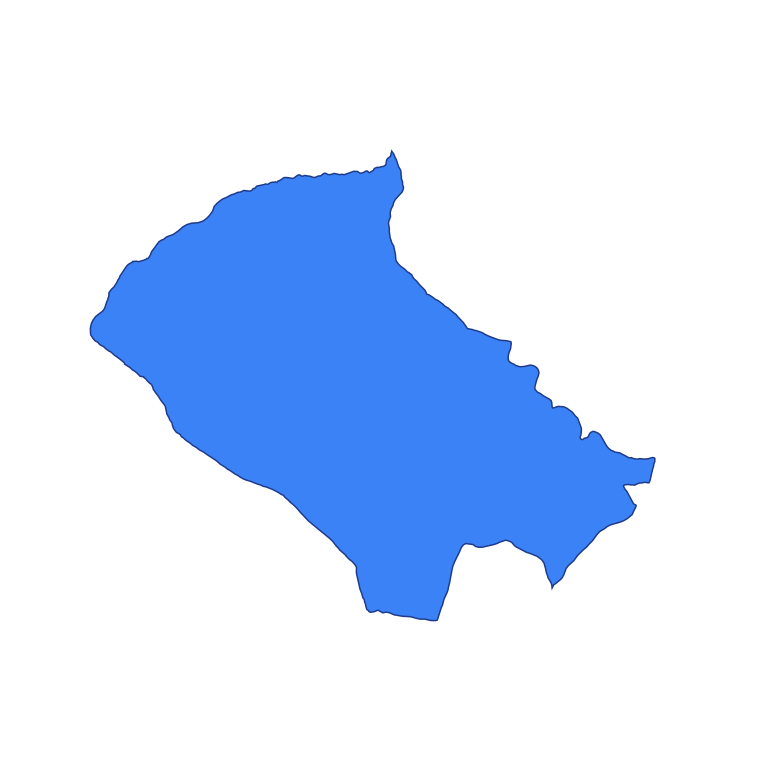 the district of Dige, Gash Barka, Eritrea, rotated 36°
{"feature_id": "51966322B2269469169299", "entity_name": "Dige", "entity_type": "district", "adm_level": 2, "iso_a3": "ERI", "parent_name": "Eritrea", "parent_adm1": "Gash Barka", "projection": "orthographic", "projection_center": [37.574, 15.721], "detail": "fine", "context": "isolated", "style": "filled", "palette": "blue", "viewbox_px": 768, "rotation_deg": 36, "n_neighbors": 0, "source": "geoboundaries", "source_scale": "gbopen_adm2", "svg_char_len": 6170}
<svg xmlns="http://www.w3.org/2000/svg" viewBox="0 0 768 768"><g transform="rotate(36 384 384)"><path d="M639.9,450.2L639.4,446.7L640.2,444.5L641.7,438.6L642.0,435.8L641.6,432.7L639.9,426.6L639.8,425.4L640.0,421.9L641.4,415.5L641.4,408.8L642.7,401.0L643.9,396.2L643.9,393.9L644.8,388.3L644.8,380.7L645.2,376.6L647.4,371.5L648.2,368.7L649.7,365.3L656.9,356.0L658.6,353.0L660.1,349.4L661.5,343.6L660.6,339.5L660.1,335.9L659.3,333.9L656.7,334.2L655.6,333.9L643.1,327.9L641.1,327.6L638.3,326.2L637.5,325.3L638.1,323.9L641.0,321.5L643.0,320.6L643.6,320.0L646.3,318.4L647.8,315.5L649.2,313.6L650.1,313.1L652.9,310.1L655.8,308.7L656.5,307.9L655.7,305.1L651.4,295.1L650.6,292.5L649.4,290.3L648.7,287.6L646.9,285.0L645.9,284.9L644.5,285.6L641.2,289.7L637.6,292.5L635.9,293.3L634.3,294.5L633.1,296.0L629.0,297.9L627.5,298.1L626.4,299.3L625.2,299.8L620.7,300.3L616.9,301.0L615.5,301.0L611.0,303.3L609.6,303.4L606.8,304.2L603.5,304.0L601.5,303.6L599.2,302.7L589.0,298.1L586.3,297.9L582.1,298.8L580.8,299.6L579.7,301.7L579.5,303.0L580.2,307.2L579.3,308.7L578.1,310.0L577.3,312.3L575.9,312.9L574.9,312.6L573.9,311.7L573.3,309.6L571.1,305.7L569.9,304.1L568.4,302.9L560.7,297.8L557.4,297.4L553.0,296.1L546.2,296.1L543.6,296.6L542.1,297.2L538.0,299.8L535.2,303.7L534.6,304.2L533.6,303.8L530.4,300.2L528.8,299.1L526.5,299.1L519.8,299.9L516.2,299.8L512.8,300.4L509.4,299.6L508.1,298.2L507.3,296.6L505.0,290.5L504.1,287.0L502.9,284.0L501.2,282.4L499.5,281.5L498.2,281.1L496.3,281.0L494.5,281.3L491.8,282.3L490.3,283.7L487.7,286.8L484.7,289.5L483.6,290.2L479.8,291.6L477.7,291.6L474.2,292.3L471.7,292.1L470.4,291.3L468.3,288.8L466.8,285.5L465.6,281.0L463.1,276.4L461.8,275.2L457.6,277.0L452.8,280.0L450.4,281.0L441.9,283.4L437.2,284.4L433.1,284.8L430.3,285.6L427.2,286.6L425.0,287.7L423.9,287.8L419.0,290.1L412.2,287.7L403.9,286.2L401.8,285.5L394.4,285.2L391.6,284.8L387.8,285.3L384.7,284.8L378.8,284.7L375.9,285.3L372.2,285.2L368.2,285.4L366.1,286.1L365.4,286.0L364.1,285.1L361.8,284.0L354.9,282.9L349.9,281.6L346.8,281.3L344.1,280.5L342.2,279.3L338.3,279.3L337.1,279.6L333.2,278.9L329.1,279.0L325.6,278.6L321.8,277.4L320.3,276.2L317.0,272.4L310.6,266.6L307.7,265.4L302.8,261.9L298.6,257.5L297.2,255.4L293.1,251.3L292.0,249.0L291.7,247.4L290.7,244.4L289.1,242.8L287.6,240.4L287.3,239.0L287.0,238.7L286.3,234.2L285.2,231.8L284.7,228.1L285.8,217.8L285.4,216.0L284.3,213.5L281.7,211.6L280.0,209.4L277.1,207.5L276.6,206.5L274.6,204.5L273.3,202.7L271.8,201.3L267.9,199.5L261.7,195.0L260.1,194.4L256.9,192.3L253.4,191.1L254.0,192.5L254.2,193.4L255.0,194.4L254.9,195.1L255.4,196.0L255.1,197.4L254.5,198.6L254.4,200.6L254.8,202.1L256.4,204.9L256.6,206.0L255.5,208.6L254.5,209.3L252.5,211.9L251.2,212.6L249.7,214.9L249.5,215.6L249.8,217.5L248.3,221.0L247.7,221.8L246.8,221.8L245.7,221.4L245.0,221.6L243.8,223.1L243.3,224.6L241.5,227.0L240.1,227.6L237.7,227.6L234.5,229.7L228.7,238.2L226.7,239.0L225.3,240.6L220.0,242.9L217.4,246.3L216.3,247.0L215.5,247.5L213.0,247.8L212.3,248.2L211.4,249.4L210.4,252.8L208.4,254.6L207.1,257.0L206.6,257.5L205.0,258.6L202.7,259.1L197.2,262.0L195.9,263.9L195.1,264.2L193.0,264.4L192.0,265.0L191.1,266.8L190.0,270.6L189.3,271.3L183.5,274.4L181.8,275.8L180.2,280.2L179.0,282.1L178.9,283.7L178.3,284.2L177.3,284.3L176.3,285.6L175.2,286.2L173.9,287.8L172.6,290.8L170.4,292.0L169.7,293.2L164.8,298.6L164.4,301.8L164.2,302.2L163.4,302.6L163.2,303.7L163.2,305.1L162.2,306.8L156.9,309.8L154.8,313.5L153.7,314.2L152.9,315.2L151.1,318.3L149.4,320.5L146.3,326.7L144.9,328.8L143.8,331.7L142.8,335.7L142.3,339.9L142.7,341.7L143.7,344.6L143.8,349.8L143.3,353.5L142.1,357.9L141.0,359.8L138.7,362.9L133.8,367.0L130.8,371.0L130.3,372.0L129.0,375.0L127.5,381.3L125.6,386.9L121.6,392.9L120.7,396.5L119.4,398.4L118.3,401.1L118.2,413.5L119.2,417.4L119.4,420.5L119.0,421.3L118.4,421.8L118.3,422.8L117.1,424.7L113.8,429.1L111.7,430.1L110.0,431.4L109.5,432.2L108.8,432.3L108.6,433.7L106.8,437.6L106.5,440.1L106.9,451.6L107.5,453.7L107.6,456.3L108.2,458.9L108.5,464.1L107.8,467.8L107.8,471.1L107.9,471.9L110.0,475.2L110.2,476.6L111.0,478.2L111.4,480.6L113.5,486.9L113.6,489.4L113.3,491.3L111.9,495.8L111.1,499.0L111.0,502.9L111.6,506.7L113.6,511.4L116.9,515.6L118.2,516.8L121.7,518.1L124.7,518.9L128.1,518.5L130.8,519.2L135.3,518.6L138.2,519.0L142.5,519.0L144.0,518.6L148.7,519.1L156.1,519.1L161.4,519.5L162.0,519.8L162.4,520.4L168.8,520.0L172.6,520.5L173.3,520.2L177.4,520.3L182.0,521.1L184.2,520.1L184.8,519.5L185.4,519.5L186.0,519.9L188.5,519.9L191.1,520.7L194.4,521.1L195.2,520.9L197.6,521.7L200.7,524.0L204.9,525.5L207.4,526.1L212.9,528.3L219.4,530.2L220.7,531.1L226.1,536.0L229.3,537.4L231.7,538.9L235.3,540.1L236.9,541.6L239.9,543.7L243.8,545.0L245.1,545.1L248.9,544.6L250.3,545.4L251.7,545.7L252.7,545.5L257.3,546.0L261.7,545.8L264.9,546.1L269.9,545.6L273.4,545.8L279.0,545.0L280.2,545.2L293.3,544.6L298.5,545.1L304.6,544.7L307.7,544.9L309.6,544.5L316.4,544.4L319.2,543.9L321.9,543.9L326.3,543.4L328.7,542.8L332.9,541.3L340.9,539.2L343.4,538.2L346.4,537.8L349.0,536.6L355.4,534.9L361.0,534.0L366.6,533.6L367.8,533.1L370.5,533.9L374.8,534.2L378.0,534.8L380.1,534.8L386.1,535.6L391.4,536.9L403.4,539.2L431.1,540.9L434.7,541.4L441.4,543.3L444.4,543.8L445.5,544.3L453.6,545.0L454.6,545.5L459.9,546.4L460.5,546.2L463.1,546.4L467.7,547.5L469.7,548.7L472.2,552.4L473.4,553.7L485.1,564.0L489.8,567.0L490.5,567.8L492.9,569.5L494.6,569.9L496.4,571.7L498.1,572.7L499.9,574.4L502.6,576.5L504.8,576.4L505.5,576.9L506.3,576.9L507.3,576.6L509.5,574.4L510.4,573.3L511.8,570.9L512.3,570.5L517.6,569.8L519.6,567.5L522.7,565.9L527.8,564.8L535.7,560.9L542.2,556.7L549.3,554.0L551.8,552.7L555.3,550.2L560.7,547.9L564.7,545.2L565.9,543.6L561.9,531.7L561.3,528.7L559.0,522.8L557.7,516.1L556.6,512.5L555.7,510.8L554.1,506.7L547.4,492.6L546.6,490.3L545.5,485.8L543.9,476.2L542.6,470.5L542.8,467.3L543.8,465.3L545.2,464.3L550.1,461.7L551.6,461.5L553.2,461.7L556.6,460.4L559.6,458.1L567.0,449.6L569.6,446.0L570.2,444.5L574.2,438.9L577.0,437.7L579.2,437.2L580.7,437.1L584.6,438.1L587.4,438.0L598.4,436.4L600.6,435.5L609.2,433.4L614.0,433.4L615.6,433.7L618.8,434.9L623.5,438.6L626.4,441.3L628.9,442.9L630.6,444.3L636.3,446.8L637.8,447.9L639.9,450.2Z" fill="#3b82f6" stroke="#1e3a8a" stroke-width="1.5"/></g></svg>